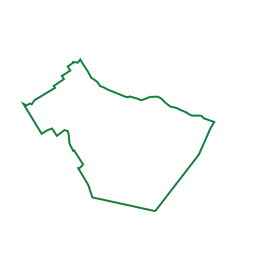 Kuala Selangor, Selangor, Malaysia (Albers equal-area conic projection), rotated 148°
{"feature_id": "92858781B52521968148522", "entity_name": "Kuala Selangor", "entity_type": "district", "adm_level": 2, "iso_a3": "MYS", "parent_name": "Malaysia", "parent_adm1": "Selangor", "projection": "albers", "projection_center": [101.325, 3.38], "detail": "fine", "context": "isolated", "style": "outline", "palette": "green", "viewbox_px": 256, "rotation_deg": 148, "n_neighbors": 0, "source": "geoboundaries", "source_scale": "gbopen_adm2", "svg_char_len": 1107}
<svg xmlns="http://www.w3.org/2000/svg" viewBox="0 0 256 256"><g transform="rotate(148 128 128)"><path d="M51.7,87.4L58.5,95.9L59.2,99.3L61.7,101.3L67.1,104.5L68.9,107.2L70.4,110.5L72.5,113.5L74.5,116.4L76.3,119.3L78.5,121.6L80.6,123.4L83.0,129.9L83.7,133.5L84.4,135.8L86.0,138.5L86.4,138.9L92.5,142.5L96.8,143.4L100.6,144.1L102.6,145.0L104.2,147.7L106.4,149.9L109.8,153.8L111.8,154.2L113.7,156.0L124.7,171.1L126.7,174.7L129.4,178.5L129.6,183.0L131.2,187.5L132.6,190.0L132.1,198.1L132.3,205.6L132.2,211.4L135.8,210.0L139.8,213.1L140.3,212.4L146.5,212.1L146.5,207.3L156.4,207.2L156.5,203.4L168.6,203.0L168.6,200.7L178.7,200.9L192.8,201.1L195.1,200.0L197.1,199.1L198.3,200.8L200.7,200.8L202.2,201.1L203.9,203.9L204.1,187.2L204.3,168.8L197.3,168.8L192.7,167.8L192.5,159.0L183.0,159.9L181.8,158.5L180.7,157.5L181.3,155.3L182.4,152.4L183.7,150.3L184.4,148.5L185.5,146.8L186.0,144.5L186.6,137.6L185.6,137.6L185.4,121.2L186.2,120.6L187.3,120.2L190.2,119.7L191.5,120.3L191.5,120.0L191.9,100.7L195.0,88.0L148.8,42.9L148.9,43.1L82.0,67.9L58.1,84.1L51.7,87.4Z" fill="none" stroke="#15803d" stroke-width="2"/></g></svg>